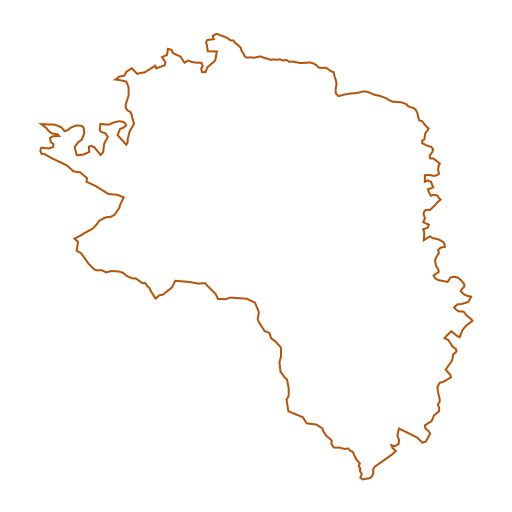 the district of Santo Antônio das Missões, Rio Grande do Sul, Brazil, rotated 271°
{"feature_id": "56859067B65449398596196", "entity_name": "Santo Antônio das Missões", "entity_type": "district", "adm_level": 2, "iso_a3": "BRA", "parent_name": "Brazil", "parent_adm1": "Rio Grande do Sul", "projection": "natural_earth1", "projection_center": [-55.409, -28.458], "detail": "fine", "context": "isolated", "style": "outline", "palette": "amber", "viewbox_px": 512, "rotation_deg": 271, "n_neighbors": 0, "source": "geoboundaries", "source_scale": "gbopen_adm2", "svg_char_len": 5072}
<svg xmlns="http://www.w3.org/2000/svg" viewBox="0 0 512 512"><g transform="rotate(271 256 256)"><path d="M471.1,229.6L471.2,226.6L473.7,223.2L477.5,212.6L475.2,208.9L472.1,210.0L471.0,203.3L468.8,202.3L466.2,203.2L459.8,204.2L459.8,213.3L450.7,211.8L443.9,204.2L438.9,202.2L438.9,198.8L442.3,197.9L444.8,199.4L448.2,198.1L448.3,192.6L448.9,188.5L450.2,184.5L448.0,181.1L454.1,177.0L457.2,169.7L460.7,167.9L461.6,164.4L455.5,163.5L453.1,158.5L448.2,162.1L445.2,161.5L441.9,153.1L444.5,152.0L437.5,141.2L437.1,137.6L436.1,134.0L441.6,128.5L437.8,123.1L434.0,121.2L433.0,116.3L430.0,112.3L429.7,115.6L428.2,123.2L422.6,125.6L414.4,125.9L404.8,123.0L401.3,123.4L399.0,125.4L397.8,128.0L394.5,129.5L391.8,129.9L386.1,131.8L378.4,127.5L370.8,125.7L367.0,125.6L365.0,124.3L374.5,115.5L380.7,117.9L382.0,121.3L384.3,123.9L386.7,122.7L387.9,120.1L388.4,117.0L386.7,110.3L385.1,107.7L384.7,105.2L385.4,98.2L379.3,97.5L377.3,99.1L376.1,103.2L372.4,105.8L365.5,102.2L357.3,101.4L354.3,98.8L358.9,95.0L361.8,92.6L363.2,89.5L362.4,87.0L357.1,87.4L354.3,81.5L353.6,75.1L361.7,72.7L366.8,76.3L369.1,79.7L375.7,82.2L381.1,81.5L383.0,79.7L383.3,76.3L383.3,73.6L382.3,71.3L380.9,68.3L378.6,65.7L377.4,62.4L381.0,59.5L383.1,54.7L383.9,51.7L383.9,45.4L384.1,39.0L380.2,44.2L377.1,46.7L375.0,49.7L374.2,55.5L372.5,57.0L372.2,50.9L370.3,47.9L366.2,48.8L364.5,51.4L361.5,51.4L359.9,46.9L360.6,39.4L357.8,38.5L354.5,39.7L354.4,42.4L350.2,50.1L343.4,65.1L337.3,72.2L336.6,78.7L330.9,85.7L327.3,85.2L323.1,94.6L315.4,107.4L314.8,116.2L312.3,122.7L304.9,119.3L301.5,118.4L294.7,113.8L292.3,109.5L292.4,106.7L291.5,103.8L288.5,98.6L285.0,96.3L280.6,92.4L275.4,83.2L273.9,81.2L270.2,74.2L267.0,77.8L258.1,76.6L255.7,81.1L245.2,88.9L239.8,94.5L238.9,97.1L239.1,102.2L237.0,106.4L238.4,111.5L238.2,118.6L237.0,123.2L233.7,127.3L231.5,132.8L231.4,136.4L226.9,142.7L227.0,145.7L224.0,147.9L222.0,150.2L219.3,151.3L211.7,156.3L215.1,160.2L215.7,163.6L223.1,172.5L229.8,175.7L228.9,189.7L227.4,198.8L228.0,205.4L225.1,208.2L217.3,216.3L212.4,218.7L212.3,226.5L214.0,231.2L213.1,247.5L211.5,251.2L209.3,255.8L199.9,259.9L192.9,258.8L190.6,259.6L181.1,265.9L179.3,270.8L174.0,272.6L170.6,277.4L168.1,279.5L165.0,282.5L156.0,282.8L150.2,281.3L140.8,282.5L135.3,286.6L133.0,289.2L124.8,290.9L118.9,291.2L116.0,290.8L113.0,289.0L101.3,291.1L95.6,305.7L89.6,309.6L88.5,319.3L84.8,325.3L81.8,326.5L77.5,329.3L74.7,332.9L72.9,334.9L69.4,334.7L65.9,337.0L65.8,343.3L64.6,347.8L65.2,351.4L62.7,353.9L61.9,356.2L54.5,359.7L50.3,363.5L47.9,362.3L45.5,364.0L43.0,363.6L39.9,365.6L36.1,364.2L34.5,366.7L35.6,372.3L36.6,374.8L39.1,376.5L41.6,377.2L44.5,376.8L47.3,378.3L59.6,395.1L63.4,399.2L66.2,396.0L69.2,394.8L68.2,397.7L70.4,401.8L74.3,402.3L79.0,400.5L86.0,402.0L81.0,412.6L77.3,420.3L72.2,425.7L73.5,429.1L81.3,433.2L83.5,431.9L86.8,428.3L89.7,427.9L94.0,434.5L99.6,436.7L104.0,441.8L107.2,441.8L110.9,440.4L113.2,442.1L115.9,442.2L123.3,440.3L128.3,439.7L132.4,441.9L133.6,445.7L138.1,453.1L140.4,452.4L145.8,447.6L153.4,453.0L156.4,454.3L160.9,454.7L164.0,458.2L166.6,457.4L168.7,454.2L173.2,451.3L175.4,449.7L177.2,445.8L184.2,452.5L179.6,458.4L178.4,461.0L185.7,463.9L189.4,466.7L195.0,473.5L196.7,472.2L198.2,470.2L200.3,467.5L204.0,464.5L204.2,459.5L206.0,456.9L208.1,455.0L211.2,458.2L211.4,461.5L212.8,466.5L214.2,469.4L216.4,470.5L219.1,471.8L219.8,468.2L221.2,464.7L224.2,461.4L226.6,462.3L228.9,464.8L231.5,464.7L235.3,461.5L237.8,458.3L238.7,455.0L238.1,451.0L233.4,448.0L234.3,443.5L235.0,439.0L236.5,435.8L239.6,433.9L243.3,439.0L245.8,438.5L249.3,436.2L252.1,435.5L255.3,435.1L258.4,436.6L262.2,438.8L265.2,438.0L267.6,440.6L268.5,444.7L271.0,444.3L273.0,443.2L275.5,438.9L276.5,435.0L276.9,432.3L278.7,429.5L276.4,425.9L274.7,423.5L280.4,423.8L282.7,423.8L285.6,422.7L287.3,427.1L290.4,428.4L291.4,425.8L292.7,422.7L296.7,424.3L300.8,422.8L303.4,423.4L305.1,425.0L305.2,429.3L309.4,433.6L312.2,435.8L315.6,439.6L317.2,437.8L319.7,436.1L320.3,432.5L319.3,429.7L322.6,427.9L325.7,426.7L326.7,429.7L327.9,432.1L330.7,430.6L333.0,429.9L334.6,426.4L333.2,423.5L339.8,423.5L340.0,428.3L339.2,432.5L339.9,435.6L341.6,437.7L344.3,436.6L346.5,436.7L349.2,437.0L351.6,438.2L356.6,431.6L356.6,428.4L359.3,427.9L362.8,430.3L365.5,431.2L368.2,429.5L369.1,425.7L371.7,420.2L374.3,420.2L375.5,422.3L381.7,423.1L383.9,424.9L386.4,426.4L389.4,423.1L393.6,419.7L394.4,417.0L398.1,415.6L401.8,414.9L405.1,413.0L406.7,411.1L407.4,408.1L408.4,405.5L410.4,403.9L412.2,398.7L412.6,390.3L413.8,387.2L416.2,382.8L417.6,379.0L418.5,375.8L419.1,372.2L420.3,369.0L422.1,364.5L422.5,360.4L421.2,356.3L420.5,352.4L420.1,347.2L419.1,342.3L417.3,335.5L420.2,332.9L423.9,332.7L428.4,333.5L432.5,333.0L436.8,331.4L441.1,330.5L441.9,328.0L445.4,322.9L445.2,316.0L448.2,312.5L449.6,309.8L450.4,306.9L449.7,297.1L450.5,292.2L451.1,289.4L450.7,285.5L452.6,283.1L451.9,279.5L453.1,276.4L452.6,273.8L452.8,269.9L452.4,267.2L453.5,263.7L454.4,260.0L455.7,257.0L454.2,250.6L454.5,246.9L454.2,243.0L455.6,241.1L458.0,240.1L461.1,237.8L463.9,237.2L466.2,234.7L468.8,231.4L471.1,229.6Z" fill="none" stroke="#b45309" stroke-width="2"/></g></svg>